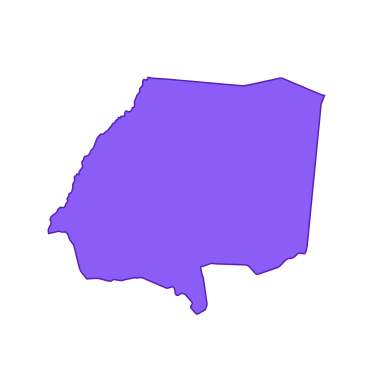 the border of Boquerón, rotated 79°
{"feature_id": "PRY-598", "entity_name": "Boquerón", "entity_type": "Department", "adm_level": 1, "iso_a3": "PRY", "parent_name": "Paraguay", "parent_adm1": "", "projection": "albers", "projection_center": [-61.074, -21.97], "detail": "fine", "context": "isolated", "style": "filled", "palette": "violet", "viewbox_px": 384, "rotation_deg": 79, "n_neighbors": 0, "source": "natural_earth", "source_scale": "10m", "svg_char_len": 3776}
<svg xmlns="http://www.w3.org/2000/svg" viewBox="0 0 384 384"><g transform="rotate(79 192 192)"><path d="M98.3,234.7L97.9,234.6L97.8,234.0L97.8,233.2L97.7,232.8L97.5,232.4L97.0,232.1L96.2,231.9L93.6,231.5L93.0,231.5L91.6,230.9L86.6,227.5L85.3,226.3L84.8,225.1L84.2,224.6L81.3,223.7L80.4,223.3L78.6,221.0L77.4,219.9L75.6,219.5L74.8,219.4L73.8,219.2L73.0,218.7L72.4,218.0L72.6,217.3L73.0,216.6L73.3,215.8L72.8,214.8L73.3,214.8L73.0,214.2L72.4,213.7L71.8,213.3L71.1,213.2L72.7,209.3L74.7,201.8L76.5,194.9L79.6,184.2L82.1,175.4L85.4,164.0L87.8,155.7L90.4,146.6L92.9,137.9L95.2,129.8L97.5,121.7L97.7,116.6L97.5,105.2L97.3,97.7L97.2,90.8L97.0,83.7L97.6,81.6L100.3,77.6L101.9,75.2L103.4,73.0L106.6,68.2L109.8,63.4L113.1,58.7L116.3,53.9L117.5,52.0L118.8,50.2L120.0,48.3L121.2,46.4L122.1,44.4L122.6,43.4L123.6,44.2L130.4,48.5L267.0,89.3L272.1,91.5L274.0,93.0L272.5,99.0L272.5,99.4L272.6,99.9L272.8,100.3L274.3,102.3L275.2,103.9L275.6,104.9L276.0,106.8L276.1,107.5L276.0,108.1L275.7,110.2L275.8,110.8L276.0,111.4L277.4,114.1L281.3,119.6L281.7,120.3L282.4,122.0L285.2,142.0L285.2,142.8L285.2,143.5L285.0,144.0L284.9,144.4L284.7,144.7L284.5,145.0L284.1,145.3L276.7,149.7L275.6,150.6L274.6,151.7L274.1,152.4L273.8,153.2L267.0,182.5L266.0,185.6L265.8,186.6L265.8,187.4L266.9,194.6L267.0,196.9L267.2,197.7L267.8,198.0L274.5,197.9L278.5,197.3L304.6,198.6L306.7,199.3L310.2,201.5L312.7,209.2L312.9,210.3L312.6,210.7L311.6,211.7L307.0,214.4L305.3,215.2L304.9,215.3L304.4,215.1L303.8,214.8L303.3,214.3L302.6,213.7L302.1,213.3L301.3,212.9L300.3,213.1L299.3,213.5L291.8,217.9L290.9,218.8L290.3,219.7L289.9,220.5L289.7,221.0L289.6,221.8L289.6,222.4L289.8,223.0L290.7,224.8L290.8,225.3L290.7,225.9L290.2,227.0L289.4,227.4L288.3,227.7L284.1,227.6L283.0,227.8L281.9,228.4L281.4,229.0L281.3,229.9L281.7,233.5L281.7,233.8L281.6,235.0L281.1,236.0L267.0,256.7L266.3,258.3L266.1,259.5L266.0,261.5L265.9,262.6L265.2,265.0L265.0,265.9L265.3,269.9L265.1,273.4L265.6,277.1L265.4,278.4L265.0,280.0L263.0,285.3L263.0,285.9L263.2,286.4L263.8,287.8L264.0,288.7L263.7,290.0L262.9,292.3L259.6,298.8L258.7,301.6L258.1,304.7L257.3,311.6L256.7,312.1L249.6,315.9L247.9,316.5L245.4,317.0L222.2,318.2L221.2,318.4L220.3,318.8L218.0,320.0L215.5,321.1L210.3,321.9L209.3,322.2L208.1,322.9L207.5,323.5L207.1,324.2L206.6,327.0L206.3,327.9L205.4,329.5L205.2,330.0L205.1,330.5L205.4,340.6L203.4,340.6L201.9,340.4L199.8,339.2L197.4,337.2L194.8,335.9L192.1,336.7L189.8,335.3L189.2,334.6L188.1,332.8L187.7,332.4L187.6,331.3L186.7,329.7L185.6,328.2L183.7,327.2L182.4,325.1L181.8,324.4L182.4,323.1L182.7,321.3L182.4,319.8L181.5,319.1L180.3,318.6L179.2,317.7L178.3,316.6L177.4,315.9L176.9,315.8L175.4,315.9L174.9,315.9L174.3,315.4L172.9,314.0L172.3,313.7L170.8,313.3L170.0,312.2L169.6,311.0L169.0,310.0L164.4,307.9L162.7,307.8L161.7,307.5L161.0,307.0L160.2,306.3L159.1,305.5L157.9,305.0L156.6,304.7L155.1,304.7L154.4,304.3L153.7,302.4L152.6,301.7L152.6,300.9L153.0,300.0L153.3,299.3L152.0,299.3L151.2,299.2L150.5,298.8L146.9,295.0L145.9,294.5L142.5,294.5L141.5,294.3L140.9,293.9L139.8,292.6L138.8,291.9L137.7,291.5L136.9,290.8L136.6,289.4L136.5,288.0L136.3,287.1L135.9,286.3L135.1,285.4L134.3,284.7L132.7,283.8L131.8,283.1L130.2,280.7L129.6,280.1L121.6,275.2L119.0,272.4L118.0,270.9L118.0,270.6L117.8,270.2L118.2,268.4L118.0,267.6L117.2,266.5L115.8,263.6L114.8,262.0L113.2,260.4L112.6,259.5L112.3,258.6L111.9,258.6L111.2,258.1L110.6,257.5L110.5,257.2L110.0,257.0L109.7,256.4L109.5,255.7L109.3,255.1L107.3,252.9L106.8,252.1L106.5,251.2L106.0,250.6L105.1,250.3L104.8,249.9L105.6,248.0L104.2,247.2L104.3,246.2L104.8,244.4L104.4,243.6L104.1,243.5L103.7,243.6L102.8,243.3L101.0,242.5L100.0,241.7L100.0,240.8L101.0,239.3L101.4,238.0L100.8,236.6L99.2,234.8L98.8,234.7L98.3,234.7Z" fill="#8b5cf6" stroke="#5b21b6" stroke-width="1.5"/></g></svg>